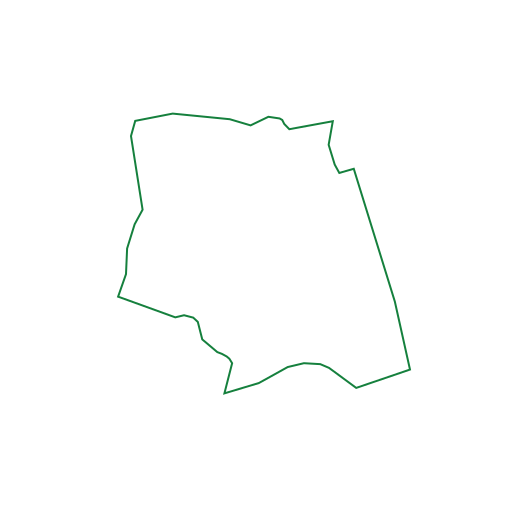 the Statistical Region of Slovenj Gradec, rotated 237°
{"feature_id": "SVN-991", "entity_name": "Slovenj Gradec", "entity_type": "Statistical Region", "adm_level": 1, "iso_a3": "SVN", "parent_name": "Slovenia", "parent_adm1": "", "projection": "robinson", "projection_center": [15.077, 46.496], "detail": "fine", "context": "isolated", "style": "outline", "palette": "green", "viewbox_px": 512, "rotation_deg": 237, "n_neighbors": 0, "source": "natural_earth", "source_scale": "10m", "svg_char_len": 643}
<svg xmlns="http://www.w3.org/2000/svg" viewBox="0 0 512 512"><g transform="rotate(237 256 256)"><path d="M90.8,268.2L122.4,256.3L130.3,251.0L140.0,237.8L145.6,222.1L147.9,189.2L158.0,154.7L179.1,177.6L184.4,177.7L187.7,176.7L192.5,174.1L196.5,171.2L215.3,165.5L232.4,171.3L238.5,169.8L245.5,163.4L248.5,154.9L297.0,118.2L311.6,137.1L332.5,152.0L348.7,171.5L356.6,186.1L424.7,216.5L435.1,228.3L420.8,263.7L385.0,308.5L368.5,322.6L366.0,342.2L358.5,350.7L355.8,352.1L351.4,351.6L344.2,353.0L327.2,393.8L309.7,377.5L289.8,371.8L280.3,371.1L275.9,385.5L142.1,347.6L76.9,323.3L90.8,268.2Z" fill="none" stroke="#15803d" stroke-width="2"/></g></svg>